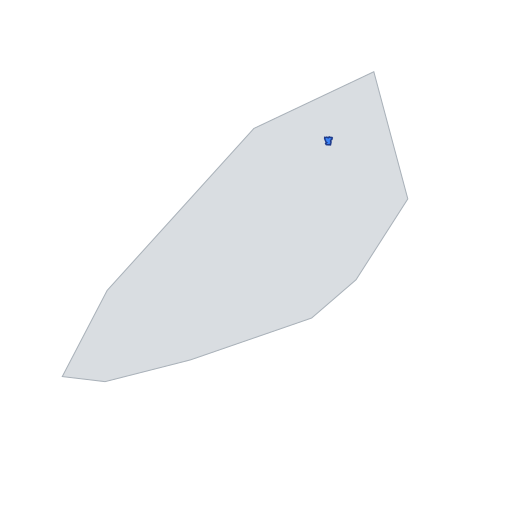 location of Esperance, Vieux Fort, Saint Lucia, rotated 220°
{"feature_id": "8701671B19142540356259", "entity_name": "Esperance", "entity_type": "district", "adm_level": 2, "iso_a3": "LCA", "parent_name": "Saint Lucia", "parent_adm1": "Vieux Fort", "projection": "natural_earth1", "projection_center": [-60.961, 13.789], "detail": "fine", "context": "in_parent", "style": "filled", "palette": "blue", "viewbox_px": 512, "rotation_deg": 220, "n_neighbors": 0, "source": "geoboundaries", "source_scale": "gbopen_adm2", "svg_char_len": 1203}
<svg xmlns="http://www.w3.org/2000/svg" viewBox="0 0 512 512"><g transform="rotate(220 256 256)"><path d="M339.6,352.4L284.2,472.9L176.4,397.3L164.1,302.1L173.5,244.3L239.5,134.2L290.9,62.7L326.9,39.1L347.9,134.0L339.6,352.4Z" fill="#d9dde1" stroke="#a8b0b8" stroke-width="1"/><path d="M274.6,395.2L274.8,395.0L274.9,394.9L275.0,394.8L275.2,394.7L275.3,394.7L275.5,394.6L275.8,394.4L276.0,394.3L276.3,394.4L276.5,394.2L276.6,393.7L276.7,393.4L276.8,393.3L276.8,393.2L276.7,393.1L276.7,392.9L276.8,392.9L277.1,392.9L277.3,392.8L277.5,392.7L277.9,392.6L278.0,392.6L278.4,392.3L278.6,392.1L278.7,391.6L278.9,391.3L279.1,391.2L279.4,391.1L279.6,391.0L278.8,390.0L275.2,388.1L275.1,388.3L274.9,388.4L274.7,388.4L274.8,388.1L274.8,387.9L274.8,387.7L274.9,387.4L275.0,387.3L275.0,386.9L274.2,386.6L273.7,386.5L271.5,388.1L271.5,388.5L270.9,388.7L270.5,388.8L270.4,389.1L271.0,390.0L271.3,390.8L271.6,391.2L271.9,391.6L272.1,391.8L272.4,391.7L272.9,392.1L273.1,392.6L273.1,392.8L273.0,393.3L273.0,393.5L272.9,393.6L272.8,393.9L272.8,394.0L273.0,394.4L273.1,394.7L273.3,394.9L273.5,395.1L273.5,395.5L273.8,395.6L274.0,395.6L274.2,395.4L274.6,395.2Z" fill="#3b82f6" stroke="#1e3a8a" stroke-width="1.5"/></g></svg>